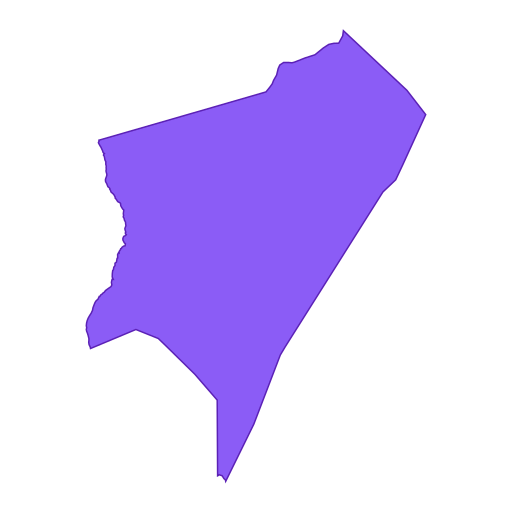 outline of Ngeruluobel, Airai, Palau
{"feature_id": "81905179B90317674654188", "entity_name": "Ngeruluobel", "entity_type": "district", "adm_level": 2, "iso_a3": "PLW", "parent_name": "Palau", "parent_adm1": "Airai", "projection": "albers", "projection_center": [134.513, 7.38], "detail": "fine", "context": "isolated", "style": "filled", "palette": "violet", "viewbox_px": 512, "rotation_deg": 0, "n_neighbors": 0, "source": "geoboundaries", "source_scale": "gbopen_adm2", "svg_char_len": 2321}
<svg xmlns="http://www.w3.org/2000/svg" viewBox="0 0 512 512"><path d="M98.9,140.2L99.1,141.3L98.7,141.8L98.4,142.7L99.1,144.1L100.1,145.9L101.1,147.5L101.7,148.9L102.5,150.6L103.1,152.5L104.4,153.6L103.7,154.2L103.5,155.3L104.2,156.1L104.6,158.0L104.8,159.3L105.2,160.6L105.8,161.6L105.8,162.9L105.8,164.4L106.2,165.9L106.2,166.8L106.1,168.0L106.3,169.0L106.1,170.1L106.0,171.0L106.3,172.4L106.8,174.1L106.8,175.3L106.3,177.0L105.7,178.5L105.4,179.9L105.6,181.7L106.7,183.6L107.9,186.7L109.2,187.7L109.9,188.7L109.7,189.1L110.4,190.2L111.1,192.1L113.0,193.7L114.3,195.3L114.5,195.9L115.2,197.0L115.1,198.0L116.0,199.0L116.7,200.0L117.7,201.6L118.4,202.0L119.2,202.4L120.2,203.0L120.6,203.7L120.6,204.7L120.8,205.8L121.7,207.5L122.9,209.3L123.7,209.9L123.7,210.8L123.5,212.1L123.3,213.8L123.6,215.4L123.2,216.9L124.1,218.4L124.4,220.1L125.5,222.1L125.6,223.6L125.9,225.8L125.3,227.3L124.9,228.4L125.0,229.7L125.8,232.2L125.4,232.6L125.4,233.8L126.3,234.6L125.6,235.5L123.7,236.4L122.9,238.3L122.9,240.0L124.3,242.8L125.4,243.8L125.1,245.8L123.6,246.1L121.9,247.4L121.4,248.5L120.7,248.7L120.3,249.9L119.2,251.4L119.1,253.1L118.5,252.8L117.6,254.5L117.7,258.0L117.1,258.3L116.4,262.2L115.0,263.2L115.0,265.6L113.8,267.2L113.4,269.7L112.7,270.5L112.3,273.7L112.2,277.0L113.3,279.4L112.1,279.3L111.6,281.3L111.4,282.5L111.8,284.5L111.6,285.6L110.8,286.8L109.1,287.9L105.5,290.5L104.2,292.3L102.9,293.1L102.2,294.0L100.8,294.9L99.7,296.6L99.2,296.5L97.9,299.3L97.1,299.9L95.8,301.2L95.0,302.6L94.2,304.5L93.6,306.1L93.0,307.7L92.5,310.4L91.8,311.8L91.2,313.2L90.3,314.5L89.2,316.3L88.1,318.3L87.2,320.6L86.6,322.9L86.3,325.7L86.7,327.8L86.3,329.4L86.6,331.1L87.4,333.1L88.0,335.0L88.9,338.6L88.9,340.6L88.7,342.2L89.1,344.7L90.2,346.9L90.5,348.5L135.9,329.5L158.3,338.5L166.7,346.6L178.4,358.1L194.8,374.2L217.2,400.1L217.6,475.8L218.6,475.3L219.0,474.7L221.7,475.6L222.0,475.6L222.6,476.5L223.2,477.4L224.0,478.7L225.3,479.7L225.7,481.3L253.8,424.2L280.3,355.0L285.2,346.8L382.9,192.0L395.7,179.8L402.8,164.7L425.7,114.6L406.9,90.3L343.4,30.7L342.7,35.9L338.7,43.2L333.9,43.3L328.8,44.4L323.4,47.9L314.9,54.8L305.2,57.9L294.3,62.2L291.9,62.8L288.8,62.5L283.6,62.5L279.8,65.0L278.2,68.5L276.6,75.1L273.6,80.3L272.2,83.9L269.8,87.2L266.0,91.9L191.4,113.5L98.9,140.2Z" fill="#8b5cf6" stroke="#5b21b6" stroke-width="1.5"/></svg>